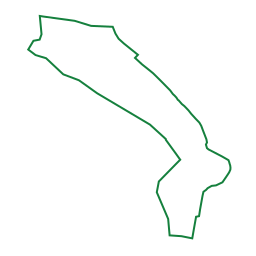 the district of Conway, Castries, Saint Lucia, rotated 184°
{"feature_id": "8701671B31601381418998", "entity_name": "Conway", "entity_type": "district", "adm_level": 2, "iso_a3": "LCA", "parent_name": "Saint Lucia", "parent_adm1": "Castries", "projection": "mercator", "projection_center": [-60.991, 14.014], "detail": "fine", "context": "isolated", "style": "outline", "palette": "green", "viewbox_px": 256, "rotation_deg": 184, "n_neighbors": 0, "source": "geoboundaries", "source_scale": "gbopen_adm2", "svg_char_len": 1104}
<svg xmlns="http://www.w3.org/2000/svg" viewBox="0 0 256 256"><g transform="rotate(184 128 128)"><path d="M89.4,118.8L78.4,105.7L73.7,100.0L77.5,95.6L93.5,76.8L93.9,73.4L94.8,65.9L81.6,40.1L79.0,23.8L68.0,23.8L67.1,23.8L56.2,22.4L55.2,32.1L53.9,44.2L52.1,44.7L51.0,45.0L50.8,47.0L50.4,52.0L50.3,52.9L48.9,65.7L48.6,67.5L48.3,69.6L45.6,71.9L44.4,73.5L40.5,76.1L36.2,76.9L30.0,80.4L25.6,87.9L24.0,90.8L23.0,93.6L23.0,94.8L23.0,95.5L23.4,97.6L24.3,99.9L24.5,100.6L25.5,102.9L26.9,103.6L32.5,106.3L46.1,112.2L47.8,113.4L49.1,116.9L48.2,119.1L49.0,122.2L52.9,130.5L55.1,135.3L57.2,138.4L61.2,142.0L65.9,146.5L69.0,149.9L73.3,153.8L75.9,155.6L79.4,159.1L80.3,159.6L81.0,160.6L81.9,161.8L82.9,162.7L83.7,163.5L85.0,164.5L85.7,165.1L88.5,168.4L98.9,177.6L106.7,184.3L109.8,186.5L118.5,192.5L125.9,198.4L123.2,201.7L138.0,212.0L143.6,216.4L147.1,221.3L150.3,227.9L171.9,227.3L188.7,231.2L220.5,233.3L223.8,233.6L220.8,215.5L222.3,210.0L228.4,208.4L233.0,199.3L225.3,194.3L214.6,191.9L196.3,177.0L180.3,172.2L161.2,160.5L106.3,132.9L89.5,119.6L89.4,118.8Z" fill="none" stroke="#15803d" stroke-width="2"/></g></svg>